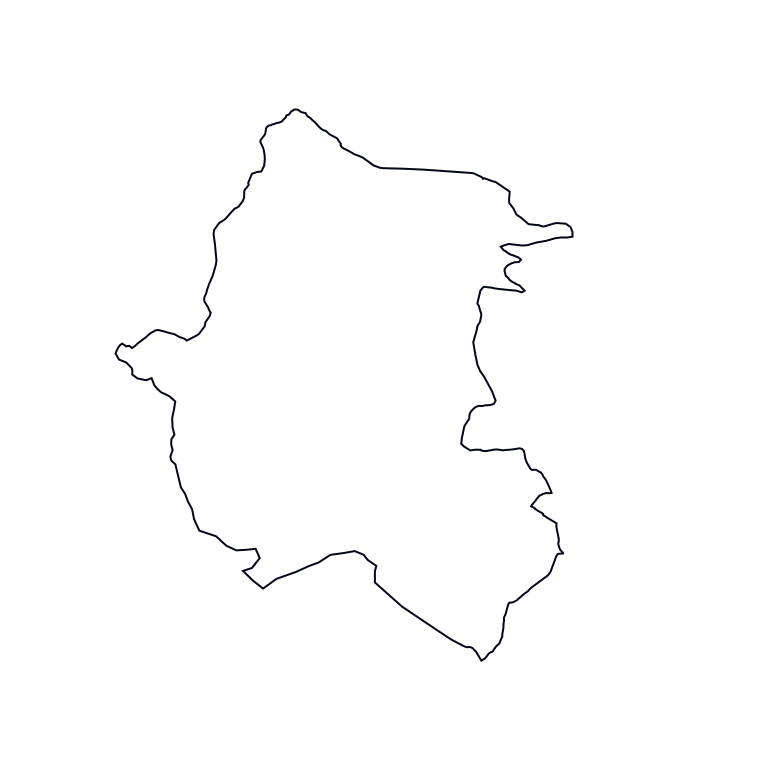 Techiman North, Brong Ahafo, Ghana, rotated 36°
{"feature_id": "2480657B75157144819377", "entity_name": "Techiman North", "entity_type": "district", "adm_level": 2, "iso_a3": "GHA", "parent_name": "Ghana", "parent_adm1": "Brong Ahafo", "projection": "robinson", "projection_center": [-1.962, 7.702], "detail": "fine", "context": "isolated", "style": "outline", "palette": "ink", "viewbox_px": 768, "rotation_deg": 36, "n_neighbors": 0, "source": "geoboundaries", "source_scale": "gbopen_adm2", "svg_char_len": 6165}
<svg xmlns="http://www.w3.org/2000/svg" viewBox="0 0 768 768"><g transform="rotate(36 384 384)"><path d="M148.0,513.6L148.8,517.0L155.2,520.0L162.4,518.2L164.4,518.3L170.7,519.5L172.7,521.2L174.7,524.3L181.4,524.4L189.4,520.7L192.5,515.9L199.3,520.2L203.7,521.2L208.6,521.7L215.0,520.4L217.8,520.1L225.4,520.8L229.0,527.9L232.6,536.0L238.5,543.5L244.2,548.1L244.5,553.7L247.1,557.7L251.8,561.7L253.9,568.4L257.0,571.0L262.4,571.6L280.4,587.0L287.7,589.8L294.4,594.3L302.4,598.1L309.8,605.0L320.8,611.2L337.7,605.9L351.6,607.5L362.3,605.4L370.8,598.4L377.0,592.8L385.8,597.9L385.3,610.5L379.8,618.1L393.8,620.1L406.4,620.6L411.5,604.9L423.3,587.7L430.4,575.2L436.0,566.9L441.1,553.7L450.9,544.3L458.5,536.4L467.9,534.1L474.1,535.9L484.8,535.7L486.6,540.7L493.3,549.9L529.5,553.5L573.7,551.9L588.6,551.2L602.0,549.3L605.5,548.4L608.2,546.2L610.7,545.6L615.9,546.5L620.3,548.4L625.3,550.6L627.0,546.8L627.2,543.9L627.2,540.6L628.0,538.2L629.0,537.0L629.1,536.8L628.9,530.7L629.8,525.8L629.0,523.1L628.2,519.2L628.2,518.8L627.1,517.5L624.0,511.2L622.1,508.5L620.1,504.8L618.4,502.7L617.7,498.9L615.1,492.2L613.9,488.6L614.0,487.1L615.4,486.1L616.8,484.5L618.5,481.1L619.3,477.6L620.5,472.3L622.2,467.0L622.7,462.8L628.2,445.2L628.6,444.5L629.2,441.0L629.0,437.4L627.9,433.8L624.5,421.6L624.5,419.3L628.4,415.9L627.8,415.3L624.2,414.6L623.2,414.1L622.1,413.4L621.0,412.7L619.6,411.5L618.7,410.5L618.1,409.4L617.8,408.4L617.2,407.7L616.6,406.9L616.3,406.6L615.7,405.8L615.3,405.6L613.5,403.8L611.4,402.0L610.2,400.8L609.2,399.9L609.0,399.7L608.1,398.9L606.6,397.2L606.3,396.7L605.5,395.3L594.3,396.3L593.9,396.3L592.8,396.2L592.2,396.3L591.6,396.4L590.4,396.6L589.8,396.4L589.4,396.1L589.2,395.6L588.5,395.5L587.9,395.6L586.3,395.7L583.1,396.1L581.6,396.2L580.4,396.2L579.3,396.0L576.9,396.1L575.5,396.4L575.0,396.5L575.0,395.8L574.8,395.5L574.7,395.0L574.9,393.1L574.9,391.7L575.1,389.9L575.1,388.7L575.1,387.1L575.1,386.6L575.2,386.1L575.3,385.2L575.3,383.7L575.7,382.5L576.0,381.9L576.3,381.5L576.7,380.7L577.1,379.6L577.9,378.7L578.2,378.3L578.8,377.5L579.0,377.2L580.0,376.5L580.6,376.1L581.2,375.6L581.8,375.3L583.6,373.7L583.1,373.2L579.7,371.1L571.3,366.4L567.2,365.2L564.9,363.9L562.6,363.4L559.7,363.9L557.7,363.9L555.8,365.2L554.1,366.6L552.2,366.5L546.0,363.8L541.9,361.1L539.7,358.8L536.6,356.0L534.2,355.4L532.6,355.8L530.9,356.8L528.4,359.5L524.9,362.8L521.5,365.6L519.0,367.9L515.4,369.7L513.7,370.7L511.8,372.2L506.3,378.0L503.9,379.7L502.8,380.2L502.1,380.4L501.5,380.6L501.0,380.6L500.8,380.4L500.2,380.8L499.1,381.7L497.7,382.5L497.2,383.0L496.3,383.7L495.8,384.1L495.2,384.7L494.4,385.5L492.7,387.1L485.5,387.5L481.7,387.0L478.8,382.1L474.4,372.2L474.2,371.8L474.0,371.2L473.7,370.1L473.7,369.5L473.4,362.7L473.4,362.2L471.3,358.6L470.7,357.3L470.6,354.5L470.8,352.8L471.0,351.2L471.6,349.1L472.3,347.7L473.4,346.2L474.1,345.5L475.4,344.9L476.3,344.2L478.1,342.1L479.7,340.7L481.1,339.6L482.0,338.8L482.9,337.8L483.9,336.6L484.6,335.2L484.0,331.7L481.3,330.1L476.1,326.6L460.6,319.2L454.4,317.1L448.5,313.7L440.8,306.7L431.6,297.7L427.6,286.5L425.6,282.5L425.3,279.3L425.1,277.2L422.6,271.7L421.8,270.6L421.1,269.8L419.9,269.0L418.6,268.1L416.9,266.8L415.0,265.1L412.3,264.2L407.2,252.1L407.2,248.2L407.7,246.8L408.9,245.8L411.0,244.8L414.0,243.0L417.3,241.6L421.1,239.6L431.4,233.6L435.9,230.8L441.5,228.9L441.8,228.3L442.9,225.9L435.7,224.6L432.1,225.5L429.8,225.6L427.7,226.0L425.1,226.0L420.5,224.9L418.9,225.0L417.0,223.2L415.4,222.0L414.0,220.1L414.1,216.4L414.6,214.7L416.4,211.2L418.0,208.8L421.4,206.1L421.5,205.6L421.7,202.8L420.9,202.7L418.6,202.7L417.9,202.6L416.5,203.1L413.9,203.7L410.7,204.8L408.4,205.1L406.7,205.2L405.3,205.1L403.9,205.1L402.1,205.5L401.2,205.2L397.7,204.3L399.9,200.9L402.6,197.4L414.5,190.7L418.5,187.3L424.1,180.0L431.1,172.8L436.6,165.7L441.3,161.2L446.0,157.9L449.9,154.0L449.1,152.9L447.1,150.2L446.7,150.0L442.7,147.4L436.8,147.5L431.6,150.7L429.2,152.2L426.7,154.8L424.4,157.9L420.9,162.4L419.8,163.3L417.2,164.2L416.1,164.3L414.9,165.2L407.0,169.7L397.2,168.9L391.6,169.1L385.7,166.0L378.8,163.9L376.2,160.4L372.7,154.5L355.5,155.0L352.6,156.2L344.0,158.6L343.7,159.5L343.3,159.9L342.5,159.4L341.4,159.2L340.4,159.4L333.3,160.7L331.2,161.6L290.8,186.8L272.6,198.8L256.3,210.0L253.4,211.5L247.1,213.3L233.6,213.3L229.2,214.3L226.2,215.2L224.9,215.6L219.9,216.0L211.8,217.3L210.2,217.1L209.1,216.7L208.6,216.3L208.2,215.9L208.0,215.2L207.8,215.0L207.6,214.9L207.3,214.8L205.9,214.3L204.4,213.9L202.9,213.2L201.9,212.9L201.4,212.9L200.8,212.9L197.0,213.5L195.4,213.7L193.9,213.9L192.4,214.0L191.2,213.8L189.7,213.6L188.8,213.5L188.2,213.5L187.7,213.6L186.8,214.0L185.9,214.2L184.9,214.4L183.4,214.5L182.5,214.3L181.1,214.3L179.9,214.1L176.6,213.3L174.4,212.9L173.7,212.8L172.3,212.7L171.0,212.6L168.7,212.2L166.6,212.1L165.1,212.3L164.1,212.2L163.3,211.9L162.4,211.4L161.7,211.0L161.2,211.0L160.8,211.2L158.4,212.2L157.4,212.6L156.6,212.8L156.3,212.8L155.3,212.6L152.9,212.8L151.2,213.8L149.6,215.4L149.6,216.3L148.7,218.1L148.7,222.0L147.2,224.1L147.4,224.9L147.8,225.6L147.2,230.2L147.0,231.7L145.2,234.6L143.9,235.7L141.9,238.9L141.0,239.6L140.3,241.3L138.9,242.5L138.3,244.5L138.2,245.4L138.4,246.6L140.0,249.7L140.5,250.7L140.9,251.8L141.0,253.6L140.9,255.9L140.8,258.4L141.0,259.6L141.2,260.2L142.1,261.1L144.2,262.2L146.5,263.5L148.1,264.6L149.4,265.6L152.7,268.8L155.7,272.6L158.7,277.7L159.6,282.5L159.8,284.2L156.5,287.3L153.6,291.6L155.9,301.1L157.4,302.3L157.5,306.1L157.1,308.9L158.0,310.7L161.4,315.7L162.2,319.0L162.1,326.1L160.1,330.0L159.5,334.8L158.7,343.0L158.1,345.5L156.0,350.7L156.1,359.4L157.9,362.8L164.8,370.0L175.9,382.6L177.9,386.4L181.8,397.1L183.0,402.4L183.5,405.2L185.3,411.2L186.7,414.7L187.7,419.3L188.8,421.4L190.3,422.8L196.5,425.4L200.5,427.7L201.9,428.2L203.1,431.7L203.2,438.8L205.0,442.9L204.9,449.2L204.9,452.1L203.9,454.9L200.9,460.9L198.9,464.8L196.3,464.6L192.7,465.6L191.1,466.2L185.3,466.9L179.0,469.4L174.3,471.1L169.6,473.0L167.6,474.9L165.1,480.5L163.9,486.0L160.9,495.9L160.2,499.6L159.0,503.0L155.5,502.8L153.0,505.3L152.3,505.1L151.3,505.0L150.4,505.1L148.4,505.2L147.5,508.3L147.6,511.3L148.0,513.6Z" fill="none" stroke="#020617" stroke-width="2"/></g></svg>